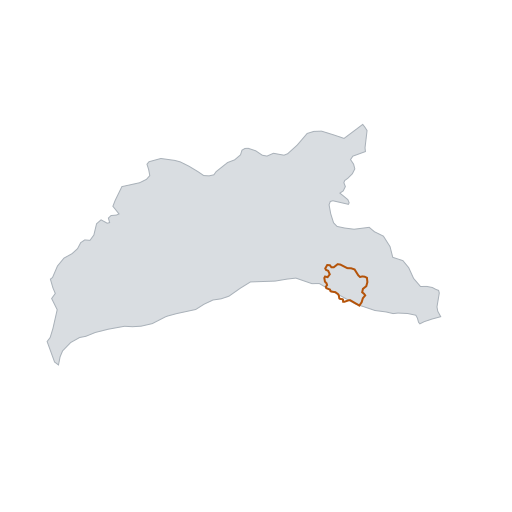 where Cantemir sits in Moldova, rotated 284°
{"feature_id": "MDA-1631", "entity_name": "Cantemir", "entity_type": "District", "adm_level": 1, "iso_a3": "MDA", "parent_name": "Moldova", "parent_adm1": "", "projection": "mercator", "projection_center": [28.284, 46.256], "detail": "coarse", "context": "in_parent", "style": "outline", "palette": "amber", "viewbox_px": 512, "rotation_deg": 284, "n_neighbors": 0, "source": "natural_earth", "source_scale": "10m", "svg_char_len": 2590}
<svg xmlns="http://www.w3.org/2000/svg" viewBox="0 0 512 512"><g transform="rotate(284 256 256)"><path d="M102.5,90.7L104.4,86.2L122.5,74.0L127.1,76.0L136.6,76.5L155.8,76.1L165.3,68.0L171.1,70.3L175.9,66.7L183.8,62.1L185.0,63.1L186.0,63.8L198.3,65.8L207.5,70.2L213.7,76.9L220.0,81.1L226.6,82.7L230.2,86.0L231.0,91.1L237.1,93.6L248.7,93.5L253.6,96.9L251.8,103.7L253.0,105.9L257.1,103.6L260.2,105.6L261.9,110.6L263.7,112.9L269.6,105.1L275.8,105.9L290.9,109.1L298.9,125.3L303.9,131.2L308.3,133.5L313.8,131.0L318.7,128.0L321.6,129.4L327.6,140.1L329.1,154.1L329.0,159.7L326.9,169.2L323.8,179.3L321.4,185.8L322.4,191.1L324.6,195.5L328.2,196.9L339.8,205.8L344.1,212.0L350.4,216.5L355.3,216.8L357.7,219.3L358.6,222.4L358.0,230.3L355.3,237.7L355.6,242.5L359.9,248.1L360.3,254.6L360.6,258.8L362.9,262.0L373.5,269.1L387.3,276.0L390.9,282.0L393.0,289.4L392.3,302.0L391.4,313.0L409.5,327.7L407.4,330.4L404.6,333.4L387.4,335.6L383.8,336.9L376.3,325.8L372.4,324.4L368.7,328.5L364.4,330.8L359.1,329.6L353.5,326.2L350.7,323.8L348.4,323.5L345.0,325.9L340.3,324.9L337.3,322.2L332.9,331.5L330.2,333.5L328.5,333.2L328.2,317.3L326.9,314.9L323.4,314.5L315.0,318.3L307.0,323.2L304.3,327.5L304.6,335.4L305.7,344.7L311.2,358.9L308.2,365.0L306.1,374.8L297.5,383.8L287.8,389.0L287.0,399.7L281.6,407.0L272.4,414.3L266.2,423.0L267.8,429.0L268.1,434.7L267.1,438.6L266.8,441.5L264.4,442.8L250.4,443.9L246.4,445.7L241.8,449.9L237.4,442.0L233.0,435.1L229.8,431.4L231.1,429.7L234.7,427.7L237.2,425.4L236.9,417.1L235.0,407.6L233.3,403.0L233.2,395.8L231.9,384.6L233.6,363.6L240.7,337.2L244.6,324.1L242.7,316.9L244.2,300.0L241.1,291.7L236.3,280.7L229.5,256.9L221.0,248.6L210.5,239.5L206.0,232.5L202.9,224.9L196.7,217.3L189.5,210.4L180.9,192.9L176.5,185.0L175.1,182.9L165.3,171.7L160.1,161.5L157.5,153.2L156.0,145.4L149.1,130.1L142.9,118.5L136.9,110.3L134.2,104.5L127.2,97.1L117.2,91.3L110.8,90.3L102.5,90.7Z" fill="#d9dde1" stroke="#a8b0b8" stroke-width="1"/><path d="M232.9,368.3L235.9,358.0L235.6,356.9L232.9,352.7L232.7,351.6L234.8,350.9L235.0,350.2L234.7,348.0L235.0,347.1L237.7,345.9L238.8,344.9L240.1,341.8L239.7,337.7L239.9,336.8L241.3,335.9L241.8,332.0L243.0,331.2L245.0,332.0L246.6,331.0L247.8,329.1L251.2,327.6L252.8,328.0L252.8,330.6L256.1,332.0L259.1,329.6L259.5,327.2L260.7,326.2L264.5,327.3L264.9,329.9L263.3,331.9L263.9,334.2L267.8,337.2L268.1,339.9L266.3,347.5L267.1,351.3L266.8,354.9L262.0,359.9L260.8,362.0L261.9,364.1L262.2,366.4L261.7,368.9L257.6,370.4L253.4,370.3L250.0,367.7L246.5,367.8L245.5,369.9L244.2,371.5L240.9,369.9L236.7,369.7L232.9,368.3Z" fill="none" stroke="#b45309" stroke-width="2"/></g></svg>